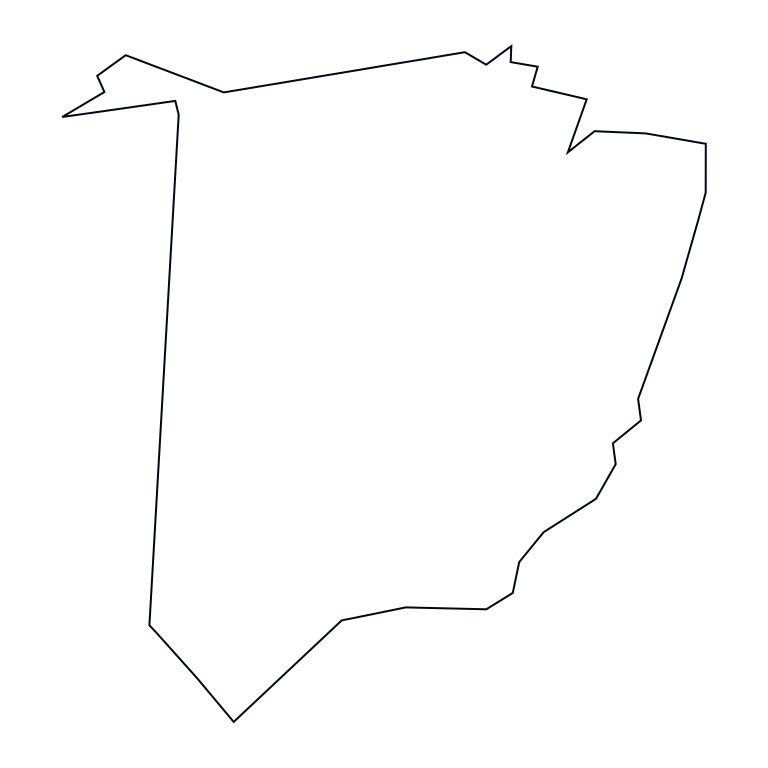 Washington, Tennessee, United States of America (Robinson projection)
{"feature_id": "52423323B6874180594173", "entity_name": "Washington", "entity_type": "district", "adm_level": 2, "iso_a3": "USA", "parent_name": "United States of America", "parent_adm1": "Tennessee", "projection": "robinson", "projection_center": [-82.462, 36.272], "detail": "fine", "context": "isolated", "style": "outline", "palette": "ink", "viewbox_px": 768, "rotation_deg": 0, "n_neighbors": 0, "source": "geoboundaries", "source_scale": "gbopen_adm2", "svg_char_len": 558}
<svg xmlns="http://www.w3.org/2000/svg" viewBox="0 0 768 768"><path d="M705.8,143.8L645.6,133.4L594.6,131.2L567.9,152.3L586.7,99.3L532.0,86.5L537.7,66.7L510.7,62.1L511.3,46.1L486.2,64.7L464.9,52.2L223.8,92.4L125.7,55.2L97.2,75.8L104.4,92.0L62.2,117.0L175.3,100.9L178.7,114.8L149.4,625.3L157.2,633.6L197.2,678.3L233.7,721.9L341.7,620.4L405.8,607.4L486.3,609.3L512.8,592.9L519.2,562.1L543.7,532.1L596.0,498.8L615.7,464.2L612.9,443.3L641.0,420.4L638.1,398.9L681.5,278.8L698.7,218.5L705.7,192.6L705.8,143.8Z" fill="none" stroke="#020617" stroke-width="2"/></svg>